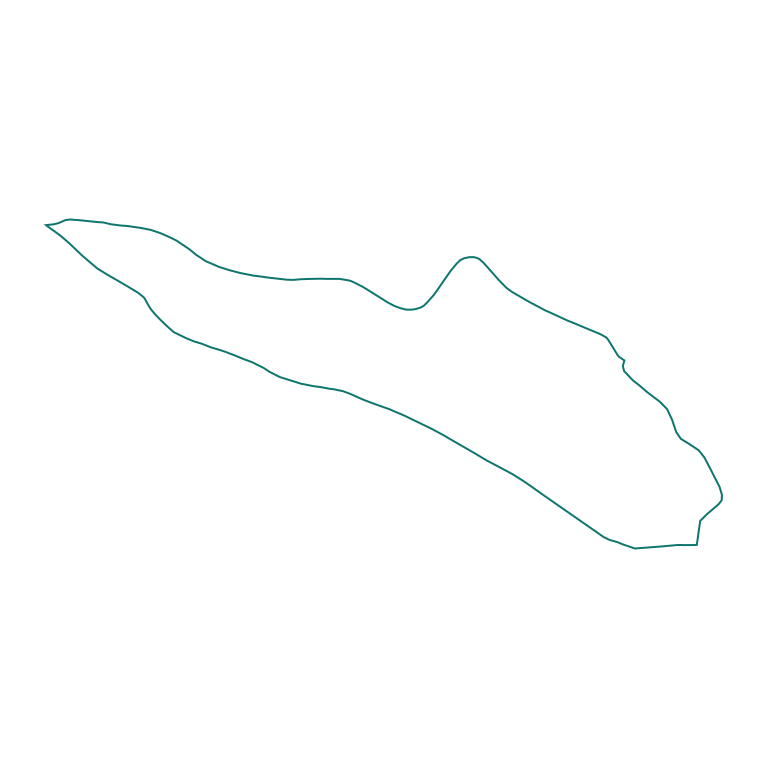 outline of Tan Phu Dong, Vietnam
{"feature_id": "81297802B25768458282790", "entity_name": "Tan Phu Dong", "entity_type": "district", "adm_level": 2, "iso_a3": "VNM", "parent_name": "Vietnam", "parent_adm1": "", "projection": "equal_earth", "projection_center": [106.637, 10.249], "detail": "fine", "context": "isolated", "style": "outline", "palette": "teal", "viewbox_px": 768, "rotation_deg": 0, "n_neighbors": 0, "source": "geoboundaries", "source_scale": "gbopen_adm2", "svg_char_len": 2414}
<svg xmlns="http://www.w3.org/2000/svg" viewBox="0 0 768 768"><path d="M696.8,544.9L700.2,520.9L707.6,513.6L718.5,504.3L721.7,500.3L721.9,494.7L719.6,487.0L708.9,466.0L704.4,457.5L698.7,450.3L688.8,443.7L680.9,438.9L676.2,432.0L671.9,419.3L667.1,409.2L660.2,402.0L647.6,392.5L638.9,385.0L632.8,380.3L624.1,371.0L622.8,366.2L624.4,360.4L622.2,359.0L618.9,356.7L617.7,355.2L611.3,344.8L608.1,339.6L606.5,337.8L604.8,336.6L599.8,333.9L585.3,327.9L583.1,327.0L575.1,323.6L567.1,320.4L550.0,312.5L545.0,310.3L541.1,308.2L529.4,302.0L512.3,292.1L506.9,288.2L504.4,285.8L498.3,279.5L487.4,267.1L483.5,262.8L479.4,259.1L476.8,257.9L473.5,257.1L469.0,257.2L464.0,258.3L460.2,260.2L456.7,263.6L450.9,270.5L441.0,284.7L438.1,289.0L433.5,295.3L427.4,302.2L423.7,305.8L421.6,307.0L420.7,307.5L416.9,308.7L414.5,309.3L411.1,309.7L407.4,309.7L405.2,309.4L401.6,308.5L397.1,307.0L393.7,305.6L387.1,302.1L384.0,300.1L381.2,298.3L367.6,289.8L362.5,286.7L354.5,282.6L350.6,280.9L347.0,280.1L339.5,278.9L339.4,278.9L326.3,278.9L320.6,278.7L306.6,279.0L304.5,279.1L301.5,279.2L293.1,279.9L287.0,279.7L283.2,279.3L267.5,277.5L262.2,276.7L261.4,276.6L253.4,275.6L240.1,273.0L229.5,270.2L218.8,266.8L205.6,261.1L196.0,254.7L189.4,249.3L187.8,248.2L176.5,240.6L170.1,237.4L160.3,233.1L150.8,229.9L141.2,228.0L127.5,226.0L120.6,225.5L111.1,224.3L103.6,222.5L96.6,222.0L78.5,220.1L69.7,219.5L65.5,220.1L58.5,223.1L53.3,224.4L51.0,224.6L50.1,224.7L46.1,225.1L47.5,226.3L55.0,231.7L58.2,234.0L61.0,236.1L69.2,243.2L75.9,249.6L82.3,255.7L97.2,268.4L106.4,274.1L126.6,285.8L138.3,292.9L142.0,295.9L144.0,297.6L145.1,299.3L148.0,304.6L150.7,309.0L154.9,314.1L159.9,319.3L165.9,325.1L171.4,330.1L173.7,332.1L178.6,334.5L185.0,337.6L186.9,338.5L194.9,341.7L201.7,343.7L210.8,347.3L217.8,349.4L224.2,351.4L234.2,355.2L244.2,359.3L251.4,361.9L263.6,367.9L269.6,371.9L279.7,377.0L287.6,379.5L295.0,381.8L301.3,383.8L303.6,384.2L313.5,386.2L320.1,387.0L329.9,388.8L334.0,389.3L343.1,391.2L351.0,394.2L358.5,397.6L365.3,400.5L375.8,404.4L383.4,407.1L390.2,409.5L394.8,411.6L400.9,414.1L405.4,416.1L411.9,419.3L432.2,429.1L442.9,434.9L455.8,442.4L462.1,446.0L473.0,452.3L487.0,460.6L502.3,468.7L512.9,474.4L522.9,480.7L530.9,486.2L532.6,487.4L535.5,489.5L538.2,491.4L540.7,493.2L542.7,494.6L603.6,537.0L609.5,539.9L617.3,542.1L623.2,544.5L634.9,548.5L662.1,546.4L677.7,545.0L690.9,545.1L696.8,544.9Z" fill="none" stroke="#0f766e" stroke-width="2"/></svg>